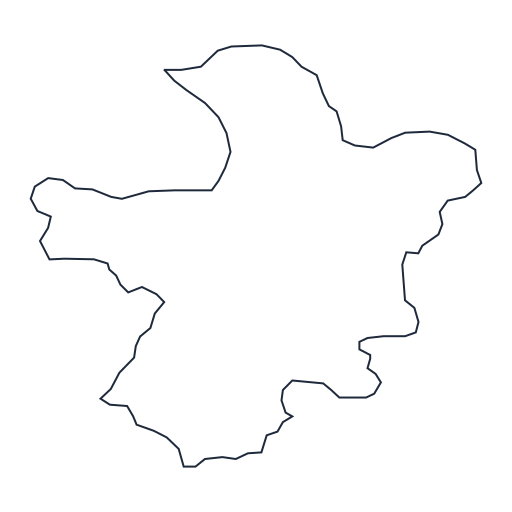 outline of Nybro, Kalmar, Sweden
{"feature_id": "70781695B56315309655935", "entity_name": "Nybro", "entity_type": "district", "adm_level": 2, "iso_a3": "SWE", "parent_name": "Sweden", "parent_adm1": "Kalmar", "projection": "robinson", "projection_center": [15.892, 56.861], "detail": "fine", "context": "isolated", "style": "outline", "palette": "slate", "viewbox_px": 512, "rotation_deg": 0, "n_neighbors": 0, "source": "geoboundaries", "source_scale": "gbopen_adm2", "svg_char_len": 1587}
<svg xmlns="http://www.w3.org/2000/svg" viewBox="0 0 512 512"><path d="M481.3,183.0L476.9,170.0L475.3,149.8L471.4,147.4L464.7,143.4L447.9,134.8L429.6,131.6L405.2,132.7L391.5,138.0L373.2,147.6L354.9,145.5L342.7,140.2L341.1,126.3L336.6,111.4L328.9,106.1L322.8,93.3L316.7,75.2L301.5,66.7L292.3,57.1L280.1,49.7L261.9,45.4L231.4,46.5L217.7,50.7L200.9,66.7L181.1,69.9L163.9,69.9L164.9,70.4L174.3,80.7L186.3,90.0L205.1,103.1L218.5,117.2L226.5,133.1L230.5,151.9L225.2,167.8L218.5,180.9L211.7,190.3L191.6,190.3L175.5,190.3L148.7,191.3L121.9,198.8L111.2,196.9L92.4,189.4L75.0,188.4L62.9,180.0L48.2,178.1L34.8,186.6L30.7,198.8L31.1,199.4L37.4,211.0L50.8,216.6L48.1,227.9L40.0,241.0L49.5,259.4L64.3,258.7L93.9,259.3L107.6,263.5L109.3,269.5L116.2,275.6L120.4,284.6L128.2,292.4L141.9,287.0L156.5,294.2L164.2,302.1L154.8,313.5L150.4,328.0L140.1,336.5L135.8,346.1L134.1,357.6L119.4,372.7L110.8,389.0L100.5,398.7L109.9,404.7L127.1,406.0L133.1,416.2L136.6,424.7L153.8,430.8L166.7,437.4L178.7,448.9L183.7,466.6L195.5,466.6L204.9,459.0L222.4,457.1L235.8,459.0L247.9,453.3L261.4,452.4L266.7,435.3L277.5,431.6L282.9,422.1L292.3,416.4L285.6,412.6L281.5,400.4L282.9,390.0L292.3,380.5L323.2,383.4L331.2,390.0L339.3,397.5L366.2,397.5L374.2,393.7L380.9,382.4L375.6,373.9L367.5,368.2L370.2,358.8L370.2,355.0L359.4,349.4L359.4,341.8L367.5,338.0L383.6,336.2L405.1,336.2L415.8,332.4L418.5,322.0L414.4,307.9L405.0,300.3L402.3,264.6L406.3,252.3L418.3,253.3L422.3,245.7L433.1,238.2L438.4,234.5L442.4,224.1L439.7,211.9L447.7,200.6L465.2,196.9L473.2,190.3L481.3,183.0Z" fill="none" stroke="#1e293b" stroke-width="2"/></svg>